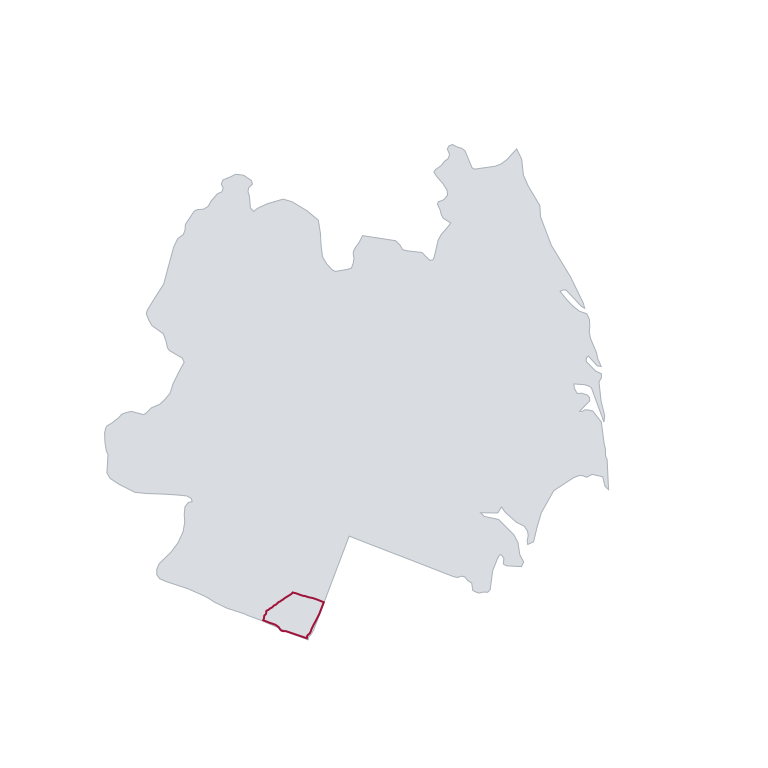 location of Ntem, Wouleu-Ntem, Gabon, rotated 201°
{"feature_id": "22940354B82512793469031", "entity_name": "Ntem", "entity_type": "district", "adm_level": 2, "iso_a3": "GAB", "parent_name": "Gabon", "parent_adm1": "Wouleu-Ntem", "projection": "mercator", "projection_center": [11.684, 2.068], "detail": "fine", "context": "in_parent", "style": "outline", "palette": "rose", "viewbox_px": 768, "rotation_deg": 201, "n_neighbors": 0, "source": "geoboundaries", "source_scale": "gbopen_adm2", "svg_char_len": 4500}
<svg xmlns="http://www.w3.org/2000/svg" viewBox="0 0 768 768"><g transform="rotate(201 384 384)"><path d="M529.8,129.9L529.4,135.9L522.6,150.6L519.4,161.9L518.6,173.9L520.5,183.6L523.7,190.5L525.8,198.0L524.2,203.3L520.9,205.5L523.2,208.2L528.1,208.8L536.6,206.5L549.5,202.5L566.4,196.7L577.6,193.6L596.0,195.5L605.8,197.7L610.9,201.8L616.3,219.1L619.0,221.7L623.4,229.1L627.2,237.9L628.0,242.4L627.6,245.6L623.8,250.4L619.6,257.4L618.1,261.7L614.6,264.8L610.1,267.9L597.8,269.2L595.9,271.0L592.5,278.5L586.0,284.8L583.1,290.8L580.4,298.8L581.0,308.7L579.7,322.9L578.3,332.6L581.6,335.9L596.3,338.3L599.1,340.2L603.0,346.1L608.0,351.8L621.5,355.3L626.7,359.6L631.0,364.3L631.5,368.1L628.5,383.6L625.5,398.4L626.7,409.7L627.8,420.5L629.4,436.2L628.7,445.8L624.9,451.7L624.9,456.3L626.6,461.8L623.2,477.1L621.1,479.7L615.0,482.6L611.9,486.7L610.9,493.1L607.6,502.0L604.3,505.2L604.3,509.3L607.5,512.3L607.5,516.9L601.5,522.4L597.8,526.6L589.8,528.6L580.6,526.4L578.5,523.4L580.7,518.6L579.9,514.8L576.8,510.9L571.9,500.6L567.5,498.4L565.1,502.6L557.6,510.4L544.5,520.4L535.3,521.2L518.2,518.2L504.0,513.4L497.2,501.6L493.0,492.0L487.0,480.7L480.1,475.3L472.8,471.9L469.6,471.7L459.1,478.0L456.0,480.4L456.0,485.7L457.0,490.6L458.6,493.0L460.0,496.1L459.7,501.0L457.9,507.6L457.2,514.8L424.5,521.9L418.8,519.4L414.7,516.1L409.8,516.7L395.6,520.4L390.3,517.8L385.2,515.9L382.8,517.5L382.6,520.6L385.0,537.6L384.2,544.1L381.0,552.5L379.4,558.3L388.0,559.9L391.2,562.6L394.2,566.9L398.4,570.8L398.7,573.3L394.0,577.7L392.3,583.2L394.6,587.5L400.5,592.0L409.1,596.6L413.3,599.6L412.9,602.4L408.9,608.4L407.4,613.4L404.7,617.9L405.2,622.1L409.1,626.0L408.7,629.5L406.0,632.1L400.7,631.5L396.1,631.9L392.0,630.8L379.3,617.4L376.5,617.0L358.0,627.3L353.4,631.6L349.6,637.7L344.4,651.0L336.0,643.2L328.8,629.1L320.3,620.5L302.5,606.5L297.8,596.2L277.4,573.4L248.1,550.7L227.0,531.0L223.8,526.6L227.4,527.2L247.8,537.0L250.6,535.9L252.9,533.7L244.1,528.5L235.7,524.5L227.8,522.0L219.9,522.2L215.4,518.0L212.6,511.7L211.1,506.3L207.6,500.6L196.4,488.9L193.7,484.4L187.5,478.2L191.3,477.4L203.3,483.3L204.4,481.0L203.3,477.5L191.2,471.9L184.7,471.5L183.2,467.6L184.1,463.1L175.4,446.1L166.5,433.3L165.0,427.3L189.2,455.0L192.5,455.5L196.7,455.2L206.8,452.1L204.9,448.4L200.3,444.4L196.0,446.3L190.3,446.6L187.3,445.0L185.9,442.1L191.6,428.7L189.2,429.4L187.3,431.8L184.2,432.9L179.4,433.6L167.5,426.4L157.0,407.0L154.2,403.0L151.4,396.2L148.6,393.4L136.5,365.8L141.1,367.8L146.6,375.8L157.3,374.2L161.5,369.5L165.2,369.7L168.9,368.6L173.6,364.3L187.3,345.2L191.0,320.1L189.8,305.2L187.8,290.4L192.3,285.7L194.1,288.8L195.0,294.1L197.2,298.0L202.0,301.5L211.1,302.4L225.2,307.9L230.2,311.3L231.6,304.4L247.7,298.4L242.8,296.3L228.5,298.6L208.8,289.8L202.2,284.1L196.1,273.4L189.8,267.8L190.2,262.8L204.4,258.2L208.1,258.7L209.6,264.2L213.4,266.5L214.9,265.7L215.5,261.0L215.6,248.4L211.2,230.2L212.6,226.7L216.4,225.5L219.9,223.1L222.3,222.6L227.1,223.1L229.5,227.3L230.8,229.6L235.6,230.6L239.6,232.9L243.0,232.3L245.9,229.7L250.1,229.1L262.9,229.1L274.6,229.2L297.9,229.3L321.2,229.3L344.5,229.4L362.0,229.5L362.0,219.1L361.9,203.1L361.8,184.2L361.7,166.0L361.6,149.2L361.5,129.4L362.4,123.7L363.6,121.3L363.1,118.0L381.2,117.8L413.8,119.3L428.1,119.1L432.1,119.4L449.9,118.4L464.4,119.6L470.5,121.0L476.0,121.7L493.3,122.6L515.9,121.5L523.5,121.8L527.8,124.5L529.8,129.9Z" fill="#d9dde1" stroke="#a8b0b8" stroke-width="1"/><path d="M412.1,120.2L404.8,120.1L401.4,120.3L399.1,120.3L397.7,120.0L396.4,119.6L394.9,119.1L393.6,118.0L392.0,117.2L391.3,117.0L389.9,117.1L388.7,117.5L386.9,118.1L364.9,119.0L365.1,120.0L365.4,120.9L365.4,121.6L365.2,122.3L364.9,122.8L364.3,123.9L364.0,124.6L363.7,126.8L363.8,128.4L363.9,129.4L363.7,130.7L363.4,134.3L362.8,138.3L362.0,146.2L362.0,158.7L364.1,158.7L368.0,158.8L372.2,158.7L373.9,158.6L375.9,158.3L377.3,158.0L379.3,157.8L381.6,157.8L382.7,157.5L383.8,157.2L385.2,157.2L387.4,157.1L389.8,157.1L390.6,157.1L392.0,157.0L392.8,156.8L394.5,156.7L394.8,155.8L395.3,154.7L395.8,154.0L396.5,153.0L398.1,151.0L399.0,149.8L400.1,148.3L400.7,147.3L401.0,146.6L401.6,145.9L402.3,145.1L402.7,144.3L403.1,143.7L403.7,143.2L404.3,142.6L404.6,141.8L405.2,140.7L405.6,139.7L406.3,138.7L407.3,137.9L407.8,136.7L408.4,135.4L408.9,134.7L409.9,133.7L410.4,132.8L410.9,131.7L411.5,131.3L412.0,130.7L412.5,129.9L412.5,129.3L412.1,128.8L411.9,127.9L411.9,126.7L412.1,126.1L412.7,125.3L412.7,124.4L412.4,123.5L412.1,122.2L412.1,120.2Z" fill="none" stroke="#9f1239" stroke-width="2"/></g></svg>